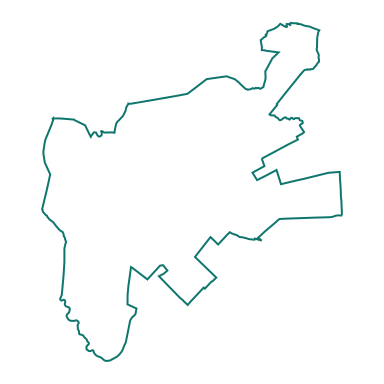 the district of Halmeu, Satu Mare, Romania
{"feature_id": "2599482B67315502601683", "entity_name": "Halmeu", "entity_type": "district", "adm_level": 2, "iso_a3": "ROU", "parent_name": "Romania", "parent_adm1": "Satu Mare", "projection": "mercator", "projection_center": [23.064, 47.974], "detail": "fine", "context": "isolated", "style": "outline", "palette": "teal", "viewbox_px": 384, "rotation_deg": 0, "n_neighbors": 0, "source": "geoboundaries", "source_scale": "gbopen_adm2", "svg_char_len": 5813}
<svg xmlns="http://www.w3.org/2000/svg" viewBox="0 0 384 384"><path d="M85.2,338.0L86.7,339.6L87.4,341.4L87.9,341.9L88.6,342.5L88.9,343.5L88.6,344.4L87.0,345.7L86.6,346.7L86.4,347.7L86.5,349.1L87.5,350.1L88.8,351.0L90.3,351.1L90.8,351.0L91.9,350.3L92.7,350.2L93.1,350.4L93.6,351.3L93.9,352.5L94.4,353.4L95.8,355.0L96.3,355.5L97.6,356.2L100.6,357.3L102.1,358.3L103.9,360.0L105.2,360.7L106.6,361.0L107.6,360.7L108.4,360.8L110.0,360.5L116.4,357.0L117.7,356.1L119.5,354.3L121.6,351.7L122.7,349.7L124.1,345.9L125.8,342.3L130.2,320.4L131.9,317.6L135.4,314.3L136.5,308.5L127.5,304.4L127.6,295.0L128.4,285.9L129.0,281.8L131.0,267.1L132.4,267.9L147.4,279.4L160.1,265.6L163.1,265.2L167.4,270.6L163.6,273.8L158.9,276.2L177.6,295.4L180.4,298.2L182.0,299.4L184.1,301.6L186.0,303.3L187.7,305.0L191.1,301.0L194.8,297.1L203.7,287.6L204.8,288.7L211.6,281.5L212.5,281.3L216.3,277.6L195.0,257.0L196.9,254.5L207.1,241.4L208.1,240.1L209.1,238.9L210.1,237.6L210.6,237.1L218.1,244.5L220.7,241.8L220.8,241.6L225.6,236.5L226.3,235.6L229.9,232.2L231.7,233.4L234.1,234.3L236.7,235.1L237.1,235.3L239.0,236.7L239.8,237.0L240.9,237.2L242.1,237.2L246.6,238.3L248.4,239.0L251.3,239.4L254.5,239.7L254.8,238.6L261.7,240.6L259.8,239.1L257.8,238.1L265.4,231.0L275.1,222.8L277.8,220.3L279.4,219.1L279.7,219.0L284.9,218.7L312.4,217.7L330.3,217.2L332.8,216.8L335.4,215.8L336.3,215.6L337.9,215.4L341.2,215.5L341.2,215.4L341.8,214.4L341.9,214.0L341.9,212.9L341.4,201.6L340.9,195.7L340.8,190.4L340.5,186.7L340.5,185.2L339.9,178.0L339.9,176.3L339.7,171.9L328.5,172.8L305.3,178.5L292.5,181.4L281.0,184.2L280.8,183.6L279.5,179.4L279.2,178.4L276.5,170.0L266.6,175.3L257.1,180.1L252.5,172.7L264.4,166.1L261.8,158.7L261.7,158.7L288.5,144.3L297.9,139.6L296.8,136.7L302.6,133.4L304.1,132.1L300.3,126.4L300.0,125.9L299.9,125.5L299.9,125.3L300.2,124.8L301.0,124.1L302.0,123.6L302.6,123.3L302.7,123.0L302.8,122.8L302.4,121.2L302.2,120.9L301.9,120.8L300.5,120.4L299.8,120.1L299.4,119.5L298.9,118.1L298.4,118.1L297.0,118.2L296.0,118.1L295.2,118.2L294.6,118.5L294.2,119.0L293.7,119.1L293.2,118.8L292.4,118.1L291.7,117.8L291.0,118.0L290.7,118.3L290.2,119.1L289.7,119.5L289.4,119.6L289.2,119.5L288.6,118.9L288.0,118.6L286.8,118.6L286.5,118.4L285.8,117.4L285.4,117.3L284.4,117.6L282.7,118.7L281.7,119.6L280.4,120.2L280.1,120.3L279.5,120.0L279.1,119.7L277.7,118.0L277.2,117.6L276.9,117.4L275.9,117.2L275.5,116.8L275.0,115.9L274.8,115.6L273.5,115.4L272.4,115.5L272.3,115.4L271.9,115.4L271.6,115.3L271.0,115.3L270.3,115.0L270.0,114.7L269.5,114.4L277.0,105.2L277.1,104.9L276.9,104.8L276.7,104.1L287.6,90.4L299.5,75.7L300.0,75.1L300.2,74.6L300.5,74.5L301.2,73.6L303.6,70.9L304.0,70.5L305.1,69.8L306.0,69.8L306.2,69.7L308.7,69.6L308.5,69.4L310.4,69.3L312.2,69.1L313.2,68.8L314.4,67.3L316.1,65.5L316.5,64.9L317.8,62.8L319.0,61.7L319.0,60.5L319.0,59.7L318.6,57.7L318.5,57.3L318.8,55.6L318.7,54.6L317.5,51.8L316.7,50.2L316.8,48.3L317.0,47.3L317.2,37.8L318.2,32.3L319.3,30.3L313.2,28.1L308.8,26.3L308.3,26.4L304.5,25.7L301.0,24.3L299.1,24.0L297.7,24.0L297.7,23.4L291.8,23.1L290.9,23.2L290.7,23.0L290.1,23.5L290.1,23.8L290.1,24.5L290.3,24.8L290.3,25.0L290.1,25.1L289.8,24.8L288.7,24.1L286.7,24.0L286.6,25.0L286.3,25.6L287.0,26.3L286.7,27.0L285.2,26.7L280.3,23.8L277.9,26.4L274.3,28.7L267.5,31.3L267.0,33.6L265.7,34.8L266.3,35.6L265.5,36.6L264.7,36.9L263.8,37.4L261.6,39.5L260.7,40.1L261.9,47.3L261.8,50.1L265.1,50.4L265.7,50.7L278.6,52.4L272.3,58.4L265.9,70.4L265.4,70.9L265.3,71.9L265.4,72.9L265.5,76.5L265.6,77.5L265.5,78.6L265.2,80.5L264.0,84.3L263.8,85.3L263.3,87.2L262.4,87.5L260.8,88.7L259.8,88.7L259.0,88.1L258.1,87.9L257.5,88.1L256.5,88.2L255.9,87.8L254.3,88.7L253.4,88.4L252.5,88.2L250.6,89.2L247.7,89.7L246.9,89.2L245.8,89.1L240.6,84.3L239.3,82.9L236.2,80.3L234.6,79.1L228.7,77.1L226.6,76.3L206.7,79.1L195.4,87.8L187.5,93.8L175.3,96.1L130.5,103.8L129.2,103.8L128.4,103.6L128.4,104.0L127.7,104.9L126.3,107.3L126.0,108.7L125.6,110.6L124.9,112.1L123.1,115.7L122.6,116.5L121.6,117.4L119.1,120.1L117.5,121.6L116.8,122.6L116.3,123.6L115.9,124.6L115.6,126.3L114.8,130.1L114.5,132.1L114.6,132.6L114.1,132.8L113.1,132.5L111.4,132.4L107.1,132.5L104.7,132.6L103.9,132.4L102.7,131.5L102.1,131.2L101.5,131.1L101.1,131.3L101.7,132.4L101.8,133.5L101.7,134.5L101.4,135.4L100.3,136.3L99.5,136.6L98.8,136.5L98.1,136.0L97.3,135.0L96.6,133.7L96.0,132.5L94.3,132.3L93.9,132.4L93.4,132.9L91.1,136.0L90.8,136.8L90.4,136.2L85.1,125.3L74.5,120.1L74.1,119.6L63.5,118.7L57.9,118.4L53.1,118.5L53.1,118.3L52.6,118.8L53.0,119.4L53.0,119.9L52.9,120.7L51.8,124.0L50.3,127.8L45.8,138.6L45.4,139.8L44.9,141.5L43.5,150.5L43.4,151.8L43.4,153.2L43.5,154.5L44.7,162.0L44.9,162.8L45.2,163.5L47.6,168.7L50.2,174.4L48.3,183.2L46.8,189.9L42.1,209.4L42.6,210.0L42.6,210.5L42.7,211.1L43.0,211.8L43.7,212.6L44.7,213.9L45.6,214.9L46.5,215.4L46.9,215.7L47.0,215.9L47.3,216.9L47.5,217.1L47.6,217.3L48.1,217.6L48.4,217.9L49.0,219.0L49.3,219.3L50.2,219.9L51.3,220.9L52.8,221.8L53.2,222.2L55.9,225.8L56.8,226.8L58.7,229.1L59.8,230.2L62.9,232.3L63.3,233.4L63.6,234.5L63.8,236.2L64.4,236.9L64.8,237.8L65.0,238.3L65.1,239.3L65.8,241.0L66.0,241.7L66.0,242.0L65.3,244.4L64.4,248.5L64.4,262.1L63.6,274.9L61.8,294.9L60.1,298.9L60.5,299.9L61.1,300.4L61.8,300.6L63.8,299.7L64.2,299.9L65.0,300.6L65.2,301.3L65.2,302.0L64.8,303.9L64.8,304.3L65.0,305.0L65.3,305.5L65.7,306.0L66.5,306.5L67.7,307.0L68.7,307.3L69.2,307.6L69.5,308.0L69.7,308.6L69.8,309.2L69.6,310.0L69.4,310.6L69.4,311.5L69.1,312.2L68.7,312.8L67.4,314.0L66.7,315.1L66.6,315.7L66.7,316.6L67.2,317.6L68.5,319.5L69.3,320.2L70.3,320.7L71.3,320.8L73.3,320.9L74.6,320.8L76.1,320.3L76.6,320.4L77.2,320.7L78.4,321.7L78.7,322.4L78.7,322.9L78.5,323.5L77.8,324.6L77.6,325.5L77.7,326.4L77.9,327.8L77.8,328.9L78.1,329.5L78.6,330.2L78.8,330.8L79.1,333.5L79.3,334.0L79.6,334.3L82.1,334.9L82.8,335.3L83.4,335.8L84.2,337.1L85.2,338.0Z" fill="none" stroke="#0f766e" stroke-width="2"/></svg>